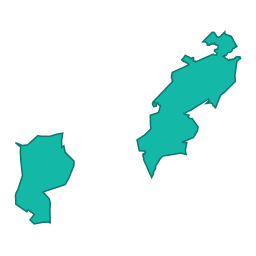 Nejapa de Madero, Oaxaca, Mexico
{"feature_id": "50627088B21125637021022", "entity_name": "Nejapa de Madero", "entity_type": "district", "adm_level": 2, "iso_a3": "MEX", "parent_name": "Mexico", "parent_adm1": "Oaxaca", "projection": "mercator", "projection_center": [-95.677, 16.669], "detail": "fine", "context": "isolated", "style": "filled", "palette": "teal", "viewbox_px": 256, "rotation_deg": 0, "n_neighbors": 0, "source": "geoboundaries", "source_scale": "gbopen_adm2", "svg_char_len": 5543}
<svg xmlns="http://www.w3.org/2000/svg" viewBox="0 0 256 256"><path d="M224.7,32.1L224.2,32.8L223.9,32.9L223.3,33.1L223.2,33.5L223.1,33.8L222.7,34.3L222.0,34.7L219.7,37.0L219.3,37.1L218.4,37.1L217.9,37.0L217.2,36.9L216.7,36.7L216.5,36.3L216.2,35.7L216.1,35.4L215.7,34.6L215.1,33.7L214.7,32.9L214.1,32.5L213.5,32.4L213.1,32.3L212.3,32.2L202.7,41.8L205.8,42.0L206.2,42.6L206.8,43.2L207.0,43.5L207.1,43.8L207.3,44.5L207.4,45.1L207.8,45.2L208.4,45.1L208.9,45.3L209.2,45.3L209.4,45.3L209.7,45.1L210.0,44.8L210.3,44.4L210.6,44.3L210.8,44.2L211.3,44.2L211.6,44.2L211.8,44.0L212.0,43.8L212.3,43.6L212.7,43.7L213.4,44.0L213.8,44.1L214.0,44.0L214.2,43.8L214.3,43.6L214.3,42.8L214.5,42.7L214.8,43.6L215.0,44.3L215.3,44.7L216.1,44.9L216.4,45.0L217.3,45.2L217.7,45.5L218.0,45.8L218.1,46.1L218.1,46.6L218.1,47.6L218.0,48.0L218.0,48.4L217.7,49.0L217.3,49.3L217.2,49.2L216.9,49.1L216.8,49.3L216.6,49.3L216.3,49.2L214.6,49.9L214.5,50.2L214.5,50.7L214.5,51.3L214.8,51.5L216.1,52.5L216.5,52.8L217.0,53.1L217.1,53.4L217.1,53.7L216.9,54.0L216.7,54.5L216.6,54.9L216.3,55.1L215.1,54.8L214.6,54.8L214.2,54.7L213.7,54.4L213.1,54.2L195.9,61.8L195.7,61.7L195.4,61.6L195.2,61.3L195.1,61.1L194.9,61.3L194.0,61.1L193.3,61.0L193.4,60.5L193.4,60.3L193.3,60.1L193.6,59.9L193.7,59.7L193.5,59.4L193.6,59.2L193.2,58.4L193.3,58.2L193.3,57.8L193.4,57.6L193.2,57.6L192.9,57.5L191.5,58.2L191.4,58.3L191.2,58.8L190.9,58.8L190.7,58.4L190.4,58.0L188.9,56.9L187.4,56.6L186.5,55.8L185.3,55.3L184.7,56.2L184.3,56.6L184.0,57.4L183.6,58.0L183.0,58.5L182.0,59.3L181.7,60.0L182.9,60.8L183.6,61.6L184.3,61.4L184.8,61.8L185.4,62.3L186.2,62.7L186.7,62.9L186.8,63.0L187.1,63.0L187.3,63.2L187.5,63.3L187.5,63.6L188.1,63.8L188.2,64.0L188.4,64.0L188.6,64.1L188.9,64.4L189.0,64.8L172.3,72.4L172.0,73.0L172.3,74.1L172.1,74.6L171.7,74.7L171.6,75.2L171.6,75.9L171.8,76.4L171.4,77.0L171.4,77.4L171.7,78.3L172.2,79.0L172.1,79.9L172.4,80.1L172.3,80.8L172.6,80.9L172.6,81.4L164.7,89.8L153.0,102.0L153.4,102.2L153.9,102.1L154.2,102.2L154.5,102.3L155.0,102.4L155.0,102.6L154.1,102.7L153.9,102.7L153.1,103.0L152.8,103.2L152.5,103.5L152.4,104.0L152.8,104.9L153.2,105.3L153.4,105.9L153.5,106.1L153.6,106.5L153.9,106.7L154.1,106.7L155.3,106.3L155.6,106.4L156.0,106.3L156.3,106.1L156.4,105.9L156.5,105.5L156.3,104.9L156.2,104.7L156.2,104.2L156.2,103.8L156.4,103.6L156.7,103.4L156.9,103.2L157.2,103.0L157.6,102.9L157.9,102.8L158.0,102.9L157.9,103.6L157.9,103.8L158.2,104.2L158.2,104.4L158.4,104.5L158.6,104.7L158.8,104.7L159.2,105.0L160.0,105.4L160.4,105.5L158.7,112.5L150.3,115.2L150.5,126.3L151.0,128.6L149.5,130.3L144.5,135.1L137.0,140.0L139.3,150.8L145.1,151.1L145.2,151.4L145.4,151.9L145.5,152.1L145.4,152.5L145.0,152.6L144.9,152.9L144.8,154.0L144.7,154.1L144.2,154.1L143.8,153.8L143.6,153.7L143.1,154.0L142.9,154.3L142.9,154.5L143.3,154.7L143.3,155.0L143.2,155.3L142.9,155.8L142.9,156.3L143.1,156.7L143.7,157.6L143.8,159.8L144.0,160.4L144.7,162.1L146.8,166.4L147.3,167.6L147.7,168.9L148.3,170.0L149.7,173.6L151.5,177.0L151.7,177.5L153.5,173.6L153.7,171.4L154.8,169.8L155.5,168.5L155.7,166.0L160.5,158.3L162.2,156.6L163.3,155.9L168.0,155.3L170.8,154.7L173.6,154.4L178.7,153.4L181.2,153.2L186.1,154.5L185.6,151.9L185.4,149.9L186.8,142.6L181.8,142.3L193.6,137.4L197.5,130.8L198.0,126.6L196.6,125.1L192.1,118.4L190.6,118.7L188.3,117.3L188.2,116.3L189.0,115.5L189.1,115.2L188.8,115.0L186.0,114.6L184.8,114.4L184.2,113.5L185.1,113.4L187.7,111.5L189.3,110.8L189.8,110.7L190.4,110.3L190.7,110.3L192.3,109.2L208.2,99.2L208.5,99.0L208.6,99.3L208.5,99.5L209.1,100.8L208.8,101.0L206.0,103.5L208.8,103.2L209.0,102.9L209.2,102.6L209.8,102.5L210.4,102.9L210.7,103.1L211.1,103.2L211.6,103.2L211.8,103.3L212.1,103.6L212.3,103.9L212.6,104.2L212.8,104.4L212.9,104.7L213.0,105.3L213.2,105.7L213.4,105.9L214.2,106.2L214.5,106.4L214.7,106.7L215.1,107.8L215.5,107.9L215.7,107.4L220.6,95.2L224.8,91.9L227.6,89.1L235.2,81.5L235.2,77.4L234.8,76.5L236.8,61.6L239.6,58.9L240.6,58.5L240.6,58.4L240.5,58.0L240.0,57.5L239.7,57.0L239.8,56.8L239.4,56.7L239.2,56.7L237.8,57.0L237.6,56.9L237.3,56.7L236.7,56.8L236.4,57.0L235.5,57.4L235.5,57.7L235.3,58.3L234.7,58.3L234.2,58.9L233.9,59.1L233.7,59.5L233.3,59.6L232.9,59.6L232.7,59.3L232.6,59.2L232.4,59.1L231.7,59.5L231.4,59.6L231.0,59.6L230.8,59.7L230.0,59.4L229.9,59.9L228.9,60.4L228.5,60.4L228.3,60.1L228.0,59.8L227.3,59.2L226.5,58.9L226.3,58.8L226.0,58.7L225.8,58.6L225.2,58.0L225.0,57.7L224.8,57.4L224.5,57.1L224.2,56.9L223.7,56.8L222.9,56.5L223.1,56.2L223.3,56.2L223.6,56.1L224.2,55.8L224.5,55.5L225.2,55.6L225.8,55.5L226.2,55.1L226.4,54.8L226.9,54.1L227.2,53.7L227.3,53.4L227.5,53.1L227.7,52.8L228.0,52.6L228.6,52.3L229.3,52.3L230.5,52.0L231.1,51.8L231.9,50.8L232.2,50.2L232.4,50.0L232.2,49.7L232.7,48.9L233.1,48.6L233.5,48.4L234.1,48.4L234.3,48.2L234.4,47.8L234.7,47.6L235.0,47.5L235.2,47.4L235.1,47.2L235.4,46.9L235.8,47.0L236.1,46.9L235.8,46.4L235.8,46.2L236.0,46.1L236.6,46.2L231.2,36.3L230.8,36.4L230.5,36.4L230.2,36.0L230.0,35.8L229.7,35.6L229.3,35.5L228.9,35.5L228.2,35.2L227.4,34.9L226.3,34.8L225.9,34.5L225.7,34.2L225.0,33.6L224.8,33.2L224.7,32.4L224.7,32.1ZM62.7,133.1L57.4,134.1L56.2,134.4L49.9,136.3L41.7,136.3L37.8,135.7L27.5,145.0L25.9,145.0L22.5,145.5L15.4,142.7L20.7,146.9L20.3,151.3L20.8,160.5L21.7,168.7L22.5,175.6L17.7,190.1L16.2,192.6L15.4,195.7L15.7,198.4L15.8,204.2L26.8,211.8L28.1,209.8L34.3,214.4L30.0,219.9L34.2,223.9L42.8,222.3L48.4,222.0L50.2,222.7L49.9,209.0L50.4,203.2L49.2,198.8L43.0,192.0L60.0,186.3L65.3,184.5L68.5,178.8L73.9,165.6L74.0,161.1L65.1,152.2L63.8,145.8L61.7,147.5L61.6,140.9L62.7,133.1Z" fill="#14b8a6" stroke="#0f766e" stroke-width="1.5"/></svg>